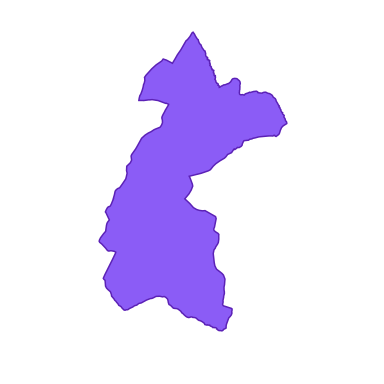 outline of Mbogwe, Shinyanga, United Republic of Tanzania, rotated 212°
{"feature_id": "72390352B61326482335333", "entity_name": "Mbogwe", "entity_type": "district", "adm_level": 2, "iso_a3": "TZA", "parent_name": "United Republic of Tanzania", "parent_adm1": "Shinyanga", "projection": "robinson", "projection_center": [32.171, -3.47], "detail": "fine", "context": "isolated", "style": "filled", "palette": "violet", "viewbox_px": 384, "rotation_deg": 212, "n_neighbors": 0, "source": "geoboundaries", "source_scale": "gbopen_adm2", "svg_char_len": 5945}
<svg xmlns="http://www.w3.org/2000/svg" viewBox="0 0 384 384"><g transform="rotate(212 192 192)"><path d="M148.0,300.6L149.3,301.8L150.2,301.9L150.9,302.4L151.7,303.3L152.4,303.7L153.1,303.9L153.9,304.4L154.2,305.4L154.4,305.8L156.4,306.2L157.0,306.6L157.2,307.3L158.4,307.3L159.1,307.8L159.8,308.2L160.3,308.9L161.6,309.4L162.3,310.3L163.0,310.4L163.4,310.3L163.7,311.3L164.7,311.5L166.7,312.7L168.4,313.5L169.3,314.2L169.9,314.8L170.9,315.3L173.4,315.5L175.0,316.4L175.8,316.6L178.3,316.6L179.8,316.0L181.2,315.8L181.9,315.8L182.4,315.7L183.8,314.7L184.5,313.9L184.9,313.0L185.8,312.5L188.4,311.3L188.8,311.2L189.0,311.6L189.4,311.6L189.8,311.7L190.5,311.7L191.0,311.5L191.8,310.8L192.9,310.0L195.3,307.3L196.1,307.1L196.8,305.9L197.9,304.6L198.8,303.5L198.9,303.0L198.9,302.5L199.0,302.0L199.5,301.7L200.6,301.5L202.1,300.3L202.9,300.1L203.5,300.2L204.5,301.3L204.9,302.3L205.4,303.0L205.7,304.1L206.5,305.5L207.3,306.9L207.8,307.3L208.6,309.7L210.0,311.1L211.1,311.5L212.8,311.7L213.4,311.9L214.3,311.8L216.0,311.0L217.3,309.8L217.7,308.7L217.6,307.0L217.7,306.4L217.6,305.9L218.5,303.3L218.9,302.9L219.1,302.8L219.4,302.4L220.4,300.9L221.2,300.1L221.9,299.6L222.7,298.0L223.1,297.6L223.4,297.0L223.9,295.7L224.3,295.2L225.0,296.1L225.5,296.5L226.5,296.3L226.6,296.8L226.9,297.3L227.4,297.6L228.2,297.5L228.5,297.3L229.2,297.8L230.1,298.0L230.6,298.7L231.1,299.2L231.7,299.5L232.3,299.7L232.3,300.4L232.6,300.6L232.7,301.0L232.7,301.4L232.9,301.7L233.2,301.9L233.6,302.8L234.0,303.1L234.4,302.8L234.6,302.5L235.3,302.9L235.5,303.2L235.6,303.5L236.4,304.5L236.9,304.4L237.4,305.0L237.6,305.5L237.7,306.4L237.9,306.6L238.2,306.4L238.3,306.5L239.0,306.7L239.5,306.6L239.6,306.3L239.8,306.3L240.1,306.7L240.1,307.0L240.3,307.1L240.7,307.0L241.1,307.3L241.8,308.2L242.1,308.2L242.3,308.5L243.0,308.7L243.6,308.8L243.8,308.7L244.0,308.8L244.1,309.2L244.1,309.8L244.4,310.0L244.6,310.4L244.8,310.4L245.1,310.3L245.5,311.2L245.8,311.3L246.0,311.7L246.5,312.0L246.6,312.8L247.0,312.9L247.3,312.6L247.7,312.8L248.9,312.5L248.9,312.8L249.2,312.7L249.5,312.8L249.8,313.3L249.7,313.6L249.8,314.1L250.3,314.3L250.6,314.3L250.9,314.4L251.3,314.2L252.0,314.5L252.9,315.2L253.4,315.9L253.7,316.6L254.9,317.7L255.3,317.9L255.5,318.4L256.9,318.4L257.6,318.8L260.1,319.8L262.5,321.6L263.7,321.7L265.1,322.4L266.5,323.5L267.4,324.4L268.7,324.6L272.0,326.2L273.5,327.2L275.8,328.1L276.3,326.9L276.1,322.8L276.6,318.8L277.2,317.1L276.8,306.7L277.1,300.8L276.9,295.9L276.8,290.8L283.6,290.3L286.9,289.5L287.1,287.0L289.8,280.8L291.4,275.1L292.9,266.6L293.0,264.0L292.6,263.7L291.1,261.6L290.1,258.7L290.1,257.7L289.0,254.9L288.1,251.8L287.3,247.9L287.3,246.1L286.5,243.6L285.6,241.5L281.3,244.1L277.3,247.4L277.0,247.6L276.8,247.6L274.8,249.2L269.2,251.6L261.3,253.2L261.0,253.6L258.3,254.0L258.1,253.4L258.0,249.4L258.0,247.0L257.8,246.1L257.6,242.3L257.3,240.0L257.1,239.8L256.9,238.9L255.0,237.0L253.7,235.0L253.3,232.5L253.3,231.7L253.4,230.0L256.2,226.2L257.2,224.7L258.7,221.4L260.3,218.9L261.9,215.5L263.2,210.9L263.0,207.3L262.7,201.8L262.6,198.7L263.0,191.8L262.7,190.2L260.1,187.0L259.8,184.1L261.0,179.3L258.9,175.5L257.0,173.6L255.7,169.9L255.1,168.0L255.3,161.8L255.6,157.3L256.9,155.4L257.5,153.6L257.6,152.0L256.3,148.4L255.0,143.9L254.9,144.0L254.0,138.8L253.9,136.7L254.1,136.2L254.8,135.5L255.3,134.5L255.4,133.9L255.3,131.6L254.9,129.2L253.9,128.8L247.3,124.5L247.3,123.9L247.5,122.8L247.6,121.5L247.4,120.0L246.9,118.5L244.4,112.9L244.9,109.6L245.3,104.7L245.0,102.0L244.5,100.9L243.5,100.4L241.0,100.1L235.4,98.6L233.1,97.7L231.8,97.6L230.7,98.3L229.6,99.3L226.5,100.5L224.8,100.6L224.5,99.8L223.7,93.0L222.1,76.0L221.5,71.8L220.5,71.3L218.9,71.0L215.4,66.3L213.5,65.2L211.5,64.7L208.4,64.2L206.2,62.5L205.0,61.1L201.5,60.0L200.3,59.3L198.6,59.0L197.2,58.4L195.9,58.1L194.0,57.1L192.7,57.2L191.4,57.2L190.1,56.6L187.3,55.9L186.2,56.2L185.2,57.4L184.1,58.1L183.2,60.2L181.3,63.1L180.4,65.3L179.6,66.0L178.8,67.0L178.1,69.2L176.2,71.1L173.3,76.3L171.1,79.2L170.5,79.9L169.7,80.4L168.7,81.8L167.2,84.4L164.1,86.5L161.3,87.5L160.3,88.6L158.5,88.8L156.1,88.3L154.8,87.2L153.5,85.7L151.9,84.4L150.0,84.5L146.3,83.6L145.2,84.0L143.0,85.1L141.7,85.3L138.5,85.0L137.5,84.6L136.7,84.1L136.0,84.2L134.9,84.0L133.3,83.6L131.4,83.3L129.7,83.3L128.2,83.8L127.5,84.5L126.8,85.4L125.9,86.0L125.0,86.0L123.5,86.8L122.4,87.2L121.2,87.2L119.4,86.8L118.0,86.8L116.9,87.2L115.3,87.4L114.2,87.4L112.0,87.2L110.9,86.4L108.9,87.0L108.4,87.6L108.1,87.5L106.3,88.5L105.8,88.1L105.3,88.1L104.1,88.3L103.0,88.3L102.3,88.1L101.6,88.8L100.9,88.9L100.1,89.5L99.1,89.5L98.6,89.4L98.5,88.9L97.8,88.9L97.3,88.7L95.5,88.8L94.9,89.4L93.6,89.8L92.7,90.5L92.4,91.4L92.5,92.1L91.6,93.5L91.0,94.7L92.1,96.5L92.7,98.1L93.7,102.8L94.1,104.9L93.7,106.4L93.5,108.6L94.0,110.6L94.7,111.2L95.5,113.2L96.1,114.1L96.9,114.2L105.1,112.1L105.8,112.4L106.7,113.1L106.9,114.2L107.4,115.3L108.2,116.3L109.3,119.3L109.8,120.2L110.3,121.6L110.7,123.0L111.8,124.7L112.9,125.9L114.5,128.4L115.3,130.6L117.9,135.6L121.3,138.2L123.3,138.8L125.7,139.1L130.1,139.5L131.1,140.0L133.6,141.6L135.9,144.1L141.4,151.1L142.7,154.6L142.5,156.7L142.8,158.0L142.7,161.1L142.9,163.1L144.3,166.2L146.1,169.0L146.8,170.3L148.1,170.7L150.8,170.7L152.8,171.0L154.0,172.1L154.3,174.1L157.4,182.2L159.0,183.6L171.1,183.1L173.1,181.6L176.1,180.3L178.8,179.6L182.5,179.5L187.5,181.0L194.5,182.4L193.6,188.8L193.7,193.3L194.5,197.4L195.9,198.9L201.0,202.8L202.7,203.9L194.0,212.9L189.3,218.7L188.2,220.7L187.7,225.1L186.8,228.6L184.9,233.1L182.4,237.9L181.9,239.9L181.7,242.7L179.3,246.3L179.2,250.4L179.0,250.9L178.2,250.7L177.2,253.0L177.2,253.8L175.6,254.6L174.5,256.7L174.3,258.2L174.8,259.5L175.1,261.4L175.1,263.1L171.5,265.9L171.0,267.3L169.3,268.8L168.8,269.8L167.2,271.3L164.5,274.2L156.9,280.0L154.8,281.4L153.0,282.4L152.5,283.6L151.8,283.8L151.0,283.4L150.1,283.7L148.9,286.8L149.0,288.3L149.8,291.3L150.2,294.1L149.7,296.5L147.9,300.2L148.0,300.6Z" fill="#8b5cf6" stroke="#5b21b6" stroke-width="1.5"/></g></svg>